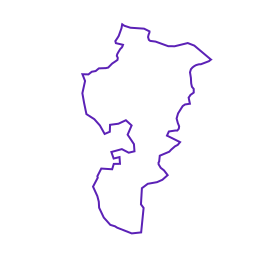 an SVG outline of Jelgava, rotated 197°
{"feature_id": "LVA-1084", "entity_name": "Jelgava", "entity_type": "Municipality", "adm_level": 1, "iso_a3": "LVA", "parent_name": "Latvia", "parent_adm1": "", "projection": "mercator", "projection_center": [23.638, 56.61], "detail": "fine", "context": "isolated", "style": "outline", "palette": "violet", "viewbox_px": 256, "rotation_deg": 197, "n_neighbors": 0, "source": "natural_earth", "source_scale": "10m", "svg_char_len": 1619}
<svg xmlns="http://www.w3.org/2000/svg" viewBox="0 0 256 256"><g transform="rotate(197 128 128)"><path d="M95.7,226.7L88.7,226.2L68.7,217.7L68.8,217.6L70.1,215.6L76.9,210.3L78.9,209.6L81.2,208.1L82.6,206.7L84.0,204.8L85.0,202.6L85.0,199.4L82.5,194.3L80.6,189.1L78.9,186.1L76.6,184.6L75.5,181.1L76.0,180.4L78.0,177.8L78.3,176.5L78.9,174.8L75.9,169.3L80.3,167.2L82.1,165.0L84.4,156.6L84.3,151.3L81.8,147.3L79.6,144.6L79.2,142.2L80.1,140.0L82.3,139.3L87.9,136.6L88.5,132.1L74.1,129.7L75.5,126.4L77.7,124.2L80.4,119.9L81.6,117.4L87.7,112.3L89.5,110.8L89.2,109.2L88.4,105.0L88.7,103.8L88.1,102.2L85.1,99.5L81.2,98.0L76.3,94.5L80.0,88.5L84.4,84.7L92.8,80.4L97.1,74.5L93.3,58.8L89.7,56.1L84.9,32.0L93.6,28.3L109.2,29.5L111.7,30.2L116.6,30.2L125.0,35.3L132.3,43.3L134.4,49.0L137.4,53.9L144.3,61.7L142.4,71.6L143.2,72.9L141.7,81.4L131.1,83.9L131.1,89.5L125.2,91.4L127.6,97.7L132.8,94.6L136.9,100.2L127.7,106.0L120.1,104.6L115.0,107.6L117.6,114.3L126.4,121.5L125.3,131.5L132.3,134.8L138.4,129.3L146.1,125.8L144.3,119.1L148.6,115.5L155.6,122.2L162.8,126.6L171.8,129.1L177.3,139.1L181.8,147.9L182.8,160.4L187.3,166.1L181.5,167.7L179.1,171.2L175.6,173.0L173.3,176.5L166.7,178.8L164.6,180.0L162.0,185.0L159.3,188.3L158.0,190.0L158.1,191.3L158.4,192.3L159.8,193.7L159.9,195.4L159.4,197.8L158.5,201.3L157.6,202.9L157.2,204.2L157.1,206.1L164.4,205.6L165.5,207.4L164.4,211.0L163.8,213.3L163.4,221.6L163.9,225.4L163.9,225.5L161.4,224.7L155.0,224.6L141.7,227.7L135.7,226.7L135.4,225.5L135.6,223.3L135.4,220.8L133.8,218.4L132.2,217.8L126.9,218.7L113.5,218.0L107.3,219.8L95.7,226.7Z" fill="none" stroke="#5b21b6" stroke-width="2"/></g></svg>